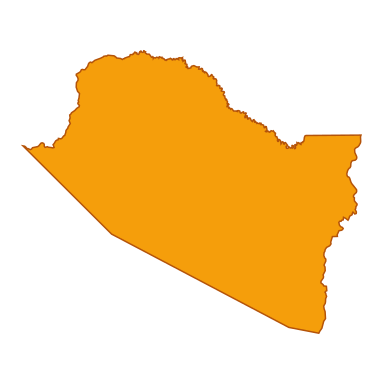 outline of Boca do Acre, Amazonas, Brazil
{"feature_id": "56859067B47019915073182", "entity_name": "Boca do Acre", "entity_type": "district", "adm_level": 2, "iso_a3": "BRA", "parent_name": "Brazil", "parent_adm1": "Amazonas", "projection": "natural_earth1", "projection_center": [-67.972, -8.817], "detail": "fine", "context": "isolated", "style": "filled", "palette": "amber", "viewbox_px": 384, "rotation_deg": 0, "n_neighbors": 0, "source": "geoboundaries", "source_scale": "gbopen_adm2", "svg_char_len": 5863}
<svg xmlns="http://www.w3.org/2000/svg" viewBox="0 0 384 384"><path d="M111.6,234.1L288.8,327.4L318.8,333.2L319.8,331.2L321.9,328.2L323.7,321.3L325.5,318.6L325.1,311.7L324.1,308.8L323.7,306.0L325.2,303.4L325.5,301.9L325.6,298.8L326.6,296.3L326.0,294.9L325.7,293.3L325.0,292.2L325.9,291.1L326.8,290.7L326.4,286.3L323.8,285.9L323.1,284.6L320.9,282.8L321.0,281.3L323.4,277.8L323.5,276.3L323.1,274.9L325.2,270.7L325.0,267.0L324.1,265.4L324.2,264.6L325.8,261.1L325.8,259.6L325.8,259.1L324.7,257.9L323.8,255.4L324.1,252.5L324.8,251.5L325.2,249.5L326.6,247.4L329.7,245.8L330.8,244.3L331.0,243.6L330.7,242.2L332.4,236.6L337.4,236.4L337.2,234.7L339.0,230.7L341.4,230.3L342.6,229.6L343.2,228.4L342.2,227.3L341.0,226.9L339.5,225.3L338.8,222.4L339.7,221.3L341.0,221.3L341.8,220.2L343.2,219.9L343.5,217.3L345.7,218.4L348.0,220.2L348.7,219.0L349.7,216.2L352.1,214.7L352.3,213.3L353.0,212.1L354.8,214.0L356.2,213.5L356.4,212.0L355.2,209.4L355.8,208.2L355.9,206.6L356.8,205.5L357.1,204.1L354.5,201.0L354.3,199.5L354.4,197.8L353.5,197.0L353.5,195.8L354.1,194.6L356.3,192.5L356.7,191.1L356.5,189.6L351.8,183.7L351.0,182.3L349.7,178.2L348.9,177.1L347.6,176.6L347.0,175.3L346.8,173.7L347.6,170.7L348.2,169.5L349.0,168.4L350.1,167.6L350.7,166.3L350.9,163.2L351.4,161.8L352.3,160.7L355.1,160.2L356.3,159.2L356.8,157.9L356.6,156.4L354.8,152.5L354.6,149.4L355.5,148.1L357.9,146.8L359.0,145.6L360.5,142.8L360.7,141.4L360.5,136.8L361.0,135.1L306.0,135.5L305.1,135.8L304.4,137.3L303.9,141.0L302.7,141.9L302.7,142.5L301.2,142.6L301.0,144.5L300.3,144.3L299.5,143.2L298.2,142.6L297.8,143.5L297.0,142.9L297.1,143.6L296.8,144.0L296.6,145.2L295.8,145.1L295.4,144.6L294.9,144.8L295.6,147.0L295.4,148.3L294.8,148.7L293.8,147.5L293.9,146.0L292.2,145.4L291.9,145.8L292.2,147.9L291.6,147.6L290.9,148.1L290.1,147.9L289.7,147.3L288.7,146.8L288.2,148.1L287.2,148.4L286.5,148.2L286.1,146.7L286.3,146.2L287.5,146.0L287.6,145.4L285.5,142.6L284.5,142.9L284.1,144.1L283.6,143.8L283.7,143.1L283.5,142.3L282.3,141.8L281.0,143.8L280.6,141.1L280.1,140.2L279.1,139.5L278.5,139.5L278.4,141.4L277.8,141.4L277.4,140.5L277.7,139.3L276.8,136.7L276.0,136.7L275.3,135.7L275.1,135.1L275.5,133.7L275.4,133.1L274.9,133.1L273.3,130.8L272.8,131.2L271.1,130.7L270.1,131.9L269.3,132.2L268.9,131.9L268.7,131.3L267.6,131.1L266.8,131.8L265.9,131.7L265.5,131.3L267.1,130.4L266.3,126.7L265.7,126.5L265.2,126.8L265.2,127.4L264.3,127.7L263.5,125.1L261.7,124.5L261.1,124.6L261.1,123.3L259.9,123.1L259.9,123.7L257.6,123.3L257.2,122.9L256.8,123.3L255.6,121.6L255.3,122.2L254.7,122.2L254.0,119.7L253.3,119.8L252.4,121.5L251.3,120.6L250.2,118.2L249.0,117.9L248.5,118.2L248.5,118.9L247.7,119.0L247.4,118.3L247.2,115.9L246.7,115.8L245.6,117.5L245.0,117.6L244.8,116.8L246.2,113.2L245.5,112.9L244.4,113.3L243.7,113.1L243.5,111.9L242.4,112.2L241.2,113.1L240.6,113.0L240.2,112.7L239.8,111.1L238.7,110.6L237.3,110.7L237.4,111.5L235.5,111.0L233.6,111.0L231.9,108.7L231.4,108.6L230.6,109.3L230.0,108.2L229.6,108.2L229.2,107.5L228.8,107.9L228.5,107.0L228.1,106.7L227.0,106.6L227.4,105.5L228.4,105.1L228.9,104.6L228.5,103.8L227.3,104.0L227.1,103.3L227.5,102.1L227.4,101.4L226.7,100.6L226.8,99.9L226.5,99.4L226.0,99.7L225.9,99.0L225.5,98.9L225.1,98.4L224.7,95.9L223.7,95.6L223.4,95.1L223.4,94.4L224.4,92.4L224.1,91.7L221.4,91.1L221.3,90.4L222.1,89.4L222.2,88.7L221.8,88.2L221.5,88.7L221.0,88.4L220.0,88.4L219.8,85.9L218.7,85.3L218.3,85.7L217.0,85.8L216.6,85.5L217.0,84.1L216.5,82.3L216.7,80.5L216.1,79.1L214.4,78.5L214.1,79.0L213.6,78.9L213.2,78.4L213.7,76.9L212.0,75.6L212.0,74.8L211.5,74.6L210.0,76.3L208.5,76.5L208.1,76.0L207.9,74.7L206.4,72.5L205.4,72.1L204.9,72.6L204.7,71.9L204.3,72.2L203.0,71.5L203.4,71.1L203.1,70.6L202.6,71.0L202.3,70.2L202.4,68.8L201.8,68.4L201.2,68.4L200.5,69.1L198.7,69.1L199.2,66.9L196.8,67.0L193.9,65.6L191.7,66.2L191.2,66.6L190.9,67.8L188.8,68.4L188.0,68.5L187.6,67.0L186.8,67.5L186.2,67.3L186.2,66.5L186.9,66.2L186.9,64.4L185.3,63.9L185.0,63.4L185.6,63.0L185.2,60.3L184.6,60.1L183.0,61.3L182.9,60.7L182.5,60.4L182.8,59.8L182.2,59.7L182.0,59.0L182.5,58.4L182.0,58.2L182.3,57.6L181.1,58.0L179.7,57.7L178.5,58.0L178.0,58.4L178.5,58.9L178.6,59.6L176.6,58.6L176.1,58.6L175.9,59.3L175.0,59.8L173.9,58.6L173.3,58.7L173.2,59.6L172.8,59.9L172.2,59.9L171.3,58.8L170.3,58.3L170.0,58.8L168.0,59.1L166.3,60.3L166.1,59.8L165.4,60.2L165.0,60.1L164.2,58.9L163.0,58.6L162.9,58.1L162.3,57.8L161.8,57.9L161.8,57.3L161.2,57.5L159.5,56.8L158.9,58.0L158.6,57.3L157.7,57.5L156.6,57.2L155.4,58.0L153.7,57.6L153.3,58.3L153.2,57.2L152.8,56.7L152.3,57.2L151.5,57.2L149.3,54.2L146.8,54.1L146.4,53.6L145.5,53.2L145.3,52.4L145.5,51.8L145.0,51.8L144.3,50.9L143.8,50.8L143.7,52.0L142.7,52.4L142.0,52.2L141.5,51.6L141.1,51.8L140.8,51.1L139.7,51.8L139.7,52.5L139.1,53.0L139.1,53.7L138.8,54.1L138.1,54.5L137.0,53.7L136.8,53.1L136.4,53.5L135.9,52.5L134.9,52.1L134.6,52.8L133.3,53.5L133.4,54.0L132.6,54.6L130.3,54.6L129.5,56.6L128.9,56.6L124.7,58.1L124.5,58.6L123.4,58.7L122.3,59.5L120.7,58.5L116.7,58.0L115.6,56.8L115.0,56.7L114.8,56.2L113.9,55.8L107.9,55.2L106.6,56.1L106.0,55.9L103.7,56.3L103.2,56.9L100.6,58.2L94.9,60.3L91.9,62.7L90.7,62.1L89.5,62.5L88.6,63.6L87.6,66.4L85.1,69.6L83.8,69.8L82.6,69.4L81.4,69.7L80.7,71.1L79.8,72.2L76.3,74.2L76.3,75.5L77.2,76.5L78.1,78.7L78.0,80.3L76.4,82.8L76.2,87.2L77.6,91.4L79.5,93.5L79.0,97.9L78.2,100.6L78.7,102.0L77.8,103.1L78.3,104.4L79.4,105.3L79.2,106.7L76.7,108.4L74.8,110.5L71.5,112.8L70.8,114.1L69.7,115.0L70.1,118.0L69.1,120.7L70.3,123.5L68.0,127.1L67.7,128.5L66.6,129.5L65.9,130.9L65.8,132.4L64.7,135.5L63.6,136.0L62.0,138.2L60.9,138.8L58.4,138.4L58.1,139.8L56.8,140.1L55.6,141.0L54.1,143.6L53.1,144.6L54.1,147.5L52.6,147.9L51.1,147.5L48.6,147.3L47.4,146.7L45.1,147.4L44.2,146.1L44.3,144.7L43.7,143.4L42.1,142.8L40.9,143.2L38.8,145.8L37.7,146.6L32.5,147.7L31.5,149.1L30.3,149.6L28.0,148.6L26.7,148.4L26.0,147.3L24.7,146.2L23.0,145.9L111.6,234.1Z" fill="#f59e0b" stroke="#b45309" stroke-width="1.5"/></svg>